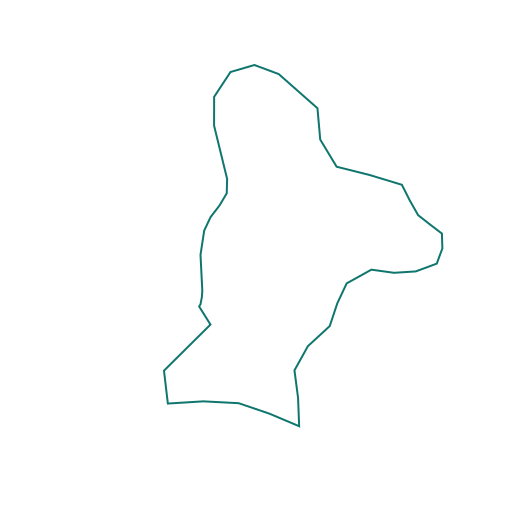 SVG path tracing the border of Qubadli, rotated 52°
{"feature_id": "AZE-1736", "entity_name": "Qubadli", "entity_type": "District", "adm_level": 1, "iso_a3": "AZE", "parent_name": "Azerbaijan", "parent_adm1": "", "projection": "orthographic", "projection_center": [46.627, 39.307], "detail": "fine", "context": "isolated", "style": "outline", "palette": "teal", "viewbox_px": 512, "rotation_deg": 52, "n_neighbors": 0, "source": "natural_earth", "source_scale": "10m", "svg_char_len": 701}
<svg xmlns="http://www.w3.org/2000/svg" viewBox="0 0 512 512"><g transform="rotate(52 256 256)"><path d="M260.8,331.9L259.9,329.5L255.2,324.1L250.6,319.9L220.9,299.0L204.1,281.2L197.4,267.9L193.7,253.6L188.6,240.5L177.5,231.3L127.5,208.8L104.8,191.0L95.3,162.8L104.5,139.7L126.6,126.1L177.4,116.6L203.8,133.7L235.3,137.5L262.4,116.4L289.7,97.2L306.8,100.6L323.6,103.1L338.2,99.5L352.8,95.7L364.8,104.5L369.6,112.3L373.3,118.2L371.1,125.2L366.5,139.6L354.2,157.6L337.8,173.5L333.4,201.4L343.3,221.0L356.6,241.0L359.0,270.6L369.8,296.1L393.7,310.2L416.7,326.8L388.5,342.5L361.3,360.3L338.1,387.0L318.0,416.3L289.7,399.1L282.0,334.1L260.8,331.9Z" fill="none" stroke="#0f766e" stroke-width="2"/></g></svg>